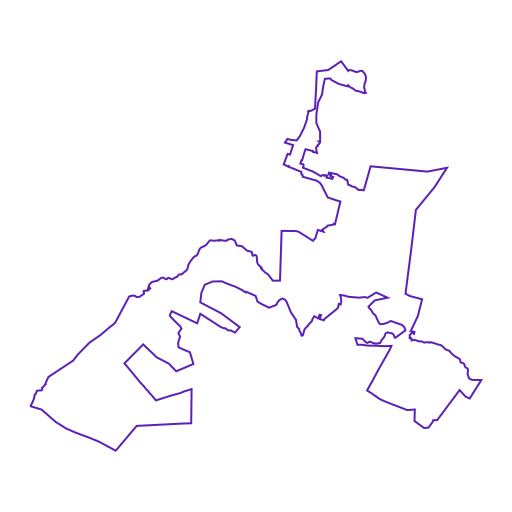 outline of Ocotlán de Morelos, Oaxaca, Mexico
{"feature_id": "50627088B26863114972707", "entity_name": "Ocotlán de Morelos", "entity_type": "district", "adm_level": 2, "iso_a3": "MEX", "parent_name": "Mexico", "parent_adm1": "Oaxaca", "projection": "mercator", "projection_center": [-96.695, 16.785], "detail": "fine", "context": "isolated", "style": "outline", "palette": "violet", "viewbox_px": 512, "rotation_deg": 0, "n_neighbors": 0, "source": "geoboundaries", "source_scale": "gbopen_adm2", "svg_char_len": 6047}
<svg xmlns="http://www.w3.org/2000/svg" viewBox="0 0 512 512"><path d="M176.2,371.3L193.4,364.0L189.9,352.2L183.4,349.6L178.4,347.2L178.4,345.6L178.1,343.3L178.7,340.5L180.1,336.5L178.5,333.6L178.6,332.8L181.5,328.6L180.4,326.6L173.9,320.2L170.4,316.5L169.8,315.2L171.8,311.2L197.2,323.3L200.3,313.8L220.9,327.1L223.4,328.1L225.3,328.3L228.2,330.4L230.7,330.4L235.0,332.6L239.7,327.1L221.2,313.3L200.3,302.4L201.4,292.8L204.8,284.7L212.6,281.5L221.8,281.3L226.0,283.2L235.6,286.8L242.9,290.5L244.0,291.6L245.8,292.4L246.0,291.7L255.6,295.9L257.5,301.6L261.5,304.0L269.1,307.7L276.3,304.9L277.4,302.6L278.8,300.7L280.0,299.7L282.3,298.6L284.8,299.5L286.4,301.4L291.0,312.5L295.9,319.7L297.2,327.1L298.9,328.6L299.6,331.1L300.7,332.8L301.6,335.7L302.2,335.7L303.0,334.9L304.4,329.7L304.9,328.8L308.1,325.5L308.2,325.0L312.0,320.9L312.4,319.2L314.2,316.2L316.4,317.3L317.6,318.2L318.4,317.6L318.8,316.9L319.6,314.8L321.1,315.1L319.6,319.0L323.8,320.3L324.0,319.4L336.8,309.0L338.0,307.7L338.8,303.8L340.7,304.5L341.3,301.2L341.2,300.0L340.9,297.7L340.1,295.0L344.1,295.5L348.2,296.7L355.4,297.4L357.1,297.4L358.4,297.7L364.8,297.1L367.5,297.8L376.2,292.5L387.6,297.7L374.8,300.4L368.5,306.6L369.1,308.0L370.9,309.7L373.0,313.3L375.3,315.2L378.7,322.4L380.0,324.0L381.4,324.2L383.4,323.9L386.5,323.1L390.8,321.0L401.9,324.9L404.3,327.1L405.4,330.4L395.3,337.8L394.8,337.7L393.5,334.6L392.3,333.5L387.7,332.4L385.7,333.2L384.2,337.0L381.3,340.5L380.6,342.3L380.1,343.0L377.0,343.5L375.5,343.5L373.6,343.2L370.1,341.7L368.6,342.2L367.5,342.9L366.0,342.4L362.3,338.7L359.3,338.6L356.6,338.2L355.4,338.2L357.5,344.8L361.4,344.7L365.9,345.4L369.5,345.7L375.0,345.7L384.9,346.2L391.4,345.9L389.8,349.6L377.7,371.0L372.1,381.6L370.5,384.2L367.1,390.5L371.7,393.4L379.3,398.8L382.8,400.5L388.1,402.7L407.3,410.1L414.8,409.5L414.5,421.0L424.1,428.0L428.5,427.6L433.2,421.1L433.3,420.2L437.2,420.1L459.6,390.1L465.7,396.7L469.7,398.5L481.3,380.1L477.3,379.9L474.8,380.0L471.8,379.8L469.2,378.5L468.6,377.2L467.7,374.3L467.6,373.5L468.0,370.2L467.9,369.1L467.3,368.3L465.6,367.4L465.0,366.5L464.1,363.9L463.3,363.2L460.7,362.4L460.4,361.6L460.1,359.7L459.5,358.9L454.6,356.1L451.2,353.2L449.5,350.9L445.4,349.3L443.1,346.9L441.0,345.2L437.0,344.2L434.9,343.4L430.3,342.1L429.7,342.7L427.7,342.3L426.3,342.2L424.8,342.6L423.7,342.4L422.1,341.5L419.1,341.3L414.1,339.8L411.7,340.4L411.8,339.9L410.9,338.8L411.3,338.4L411.1,338.2L410.8,338.3L409.7,338.1L410.0,337.2L409.7,336.8L409.6,335.6L410.2,334.5L410.6,334.0L411.7,333.1L412.6,333.1L414.1,333.8L414.4,331.9L410.7,331.2L417.9,315.9L422.1,299.3L409.8,296.0L405.5,293.7L411.2,249.4L415.9,209.9L434.7,186.9L447.0,167.8L427.4,171.6L370.6,166.3L363.8,190.3L361.1,190.0L358.7,190.0L354.7,186.9L353.8,186.9L351.8,186.4L350.2,185.3L348.2,184.7L347.2,179.8L345.8,179.7L343.3,177.7L339.8,176.3L337.1,174.3L329.1,172.6L328.6,174.4L331.0,174.9L330.6,176.1L333.1,176.9L332.3,178.9L328.1,177.8L326.6,177.7L327.1,175.6L324.8,175.1L324.6,175.8L322.5,175.0L321.6,175.6L321.0,176.2L312.6,171.4L302.9,167.7L303.7,165.2L303.1,164.3L300.4,163.6L301.4,160.3L302.1,160.3L304.7,151.4L305.6,149.2L313.0,151.1L313.0,151.9L317.1,152.9L316.5,151.2L316.1,147.5L316.8,146.5L317.6,146.2L317.9,145.7L317.8,144.9L319.1,144.0L319.3,143.6L319.7,142.9L319.6,142.4L319.0,141.7L320.1,141.9L320.1,131.7L316.3,122.9L316.4,114.1L318.2,102.3L322.0,94.6L323.3,85.8L324.9,78.8L330.1,78.4L331.5,80.0L338.9,84.0L347.8,86.4L348.2,85.3L350.4,87.4L352.2,88.1L356.3,91.0L358.8,91.2L363.3,92.9L365.0,93.2L365.9,92.8L364.9,91.5L364.6,89.2L364.2,87.9L364.1,86.6L364.7,84.1L364.7,82.9L365.7,81.1L366.0,77.6L365.5,75.5L364.8,73.8L362.2,70.8L360.3,70.9L358.3,71.7L356.1,72.0L355.3,71.8L352.8,70.7L350.8,70.2L348.8,70.1L348.2,70.9L341.1,61.3L328.2,70.0L316.8,71.4L316.1,88.4L315.0,108.7L310.5,111.0L308.7,110.7L308.0,111.6L308.4,112.1L307.0,117.5L307.1,119.0L304.3,127.2L300.1,135.8L296.7,140.4L291.4,140.0L287.4,138.9L285.0,142.6L293.1,145.1L290.0,154.6L287.6,153.9L283.7,164.4L288.4,166.7L289.0,165.1L288.5,166.7L301.2,171.8L301.5,174.5L302.5,174.8L302.8,176.8L316.2,180.5L318.3,181.7L319.8,182.8L322.2,186.0L322.7,187.4L327.8,197.5L338.1,200.9L340.4,201.5L335.0,224.2L333.8,223.8L333.8,224.5L327.4,225.7L327.2,226.4L322.3,229.7L323.5,231.7L317.8,230.0L315.5,237.9L313.0,240.8L298.6,231.8L296.8,231.2L293.4,231.0L281.6,230.9L280.0,280.6L272.8,280.7L268.2,274.5L265.3,272.6L261.3,268.8L260.9,267.9L261.5,267.7L258.1,264.5L257.5,263.2L257.0,261.2L256.8,257.0L256.5,255.7L255.4,255.0L254.6,255.1L253.0,255.8L252.4,255.3L252.3,254.1L251.6,251.8L247.1,250.7L242.0,246.3L236.8,245.4L234.8,240.6L232.3,239.2L231.1,239.0L229.3,239.3L227.4,239.8L227.1,240.5L226.1,240.8L222.8,240.5L219.4,239.9L219.3,240.7L216.5,240.4L214.2,240.8L211.4,240.4L210.3,240.4L209.6,240.7L205.8,245.3L200.7,247.8L199.7,249.0L198.7,251.2L197.8,254.0L196.5,255.6L194.7,256.4L193.1,257.8L190.7,260.9L188.5,264.5L187.4,269.0L186.7,270.1L184.3,272.1L183.4,272.7L182.7,273.6L181.5,274.4L179.6,274.3L179.1,274.5L176.5,277.2L174.9,277.5L174.3,278.2L172.3,279.3L168.3,277.8L167.4,278.3L166.9,279.1L165.6,279.2L163.2,277.5L160.9,278.1L157.3,280.8L152.1,281.9L149.7,284.1L148.6,286.4L148.4,287.4L149.3,287.0L150.2,288.5L148.5,289.4L148.9,289.6L148.4,290.3L147.4,290.6L143.9,290.8L143.5,291.8L143.9,292.6L144.1,293.5L144.0,293.8L139.6,296.7L137.4,297.2L136.4,296.9L135.6,296.4L135.3,296.0L133.3,295.6L131.5,295.8L129.2,296.5L115.4,322.3L113.6,324.3L110.4,326.6L100.4,335.1L89.4,342.7L77.7,354.7L73.2,360.6L48.5,376.9L45.7,382.7L45.6,383.6L45.8,384.2L44.5,385.1L43.4,386.9L42.2,387.5L41.9,388.1L42.2,389.1L42.2,389.6L42.0,390.0L41.5,390.4L39.3,390.4L37.1,390.8L36.7,391.1L35.9,393.8L34.7,394.6L34.1,398.3L32.4,402.5L30.7,405.6L30.9,406.3L41.6,409.6L55.7,421.9L65.8,428.3L74.3,432.1L88.2,437.3L98.8,441.6L115.7,450.7L136.7,425.9L183.7,423.5L191.2,423.3L191.6,389.1L183.9,391.5L180.2,393.1L171.0,395.6L155.9,400.4L151.3,394.8L149.0,392.5L148.3,391.1L146.6,389.8L144.2,386.7L140.3,382.5L127.9,367.4L124.4,363.4L143.2,344.4L156.7,357.3L168.8,363.6L176.2,371.3Z" fill="none" stroke="#5b21b6" stroke-width="2"/></svg>